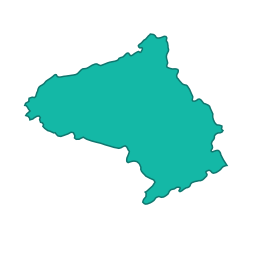 outline of Stowbtsy, Minsk, Belarus, rotated 330°
{"feature_id": "67162791B19818766020383", "entity_name": "Stowbtsy", "entity_type": "district", "adm_level": 2, "iso_a3": "BLR", "parent_name": "Belarus", "parent_adm1": "Minsk", "projection": "robinson", "projection_center": [26.677, 53.605], "detail": "fine", "context": "isolated", "style": "filled", "palette": "teal", "viewbox_px": 256, "rotation_deg": 330, "n_neighbors": 0, "source": "geoboundaries", "source_scale": "gbopen_adm2", "svg_char_len": 4519}
<svg xmlns="http://www.w3.org/2000/svg" viewBox="0 0 256 256"><g transform="rotate(330 128 128)"><path d="M194.3,57.8L193.5,58.2L191.7,58.5L190.1,59.1L187.7,59.9L185.6,59.9L184.1,60.4L182.4,61.0L181.0,61.2L179.5,61.3L178.1,61.9L177.8,63.1L178.2,64.4L179.2,65.0L180.2,65.4L180.2,66.3L179.6,67.2L178.0,68.2L177.1,68.7L176.1,68.6L175.8,67.7L175.4,67.0L174.0,66.8L173.1,66.8L171.6,66.8L170.6,66.8L169.6,67.0L168.4,67.1L167.2,67.1L166.3,66.5L166.1,65.4L165.9,63.6L165.4,63.0L164.0,62.7L162.4,63.1L160.4,63.7L159.0,63.9L158.1,63.7L156.6,63.3L155.0,63.2L154.2,63.7L153.0,64.1L152.2,64.0L150.3,63.7L148.9,63.2L147.2,62.6L145.1,61.9L142.8,61.4L140.7,61.1L138.6,60.8L136.7,60.5L135.7,60.4L134.2,58.8L133.8,58.1L133.1,57.0L131.6,56.2L128.5,55.7L127.3,55.7L124.0,55.8L122.2,55.7L120.9,55.3L118.5,54.2L116.8,54.2L115.3,54.6L113.6,55.1L112.4,55.5L110.6,55.7L109.2,55.5L107.4,54.9L105.4,54.1L102.6,53.0L101.1,52.4L99.4,51.7L98.1,51.1L96.1,50.5L94.6,49.9L93.5,49.3L92.5,48.1L92.5,46.9L92.5,46.0L91.7,45.4L90.5,45.4L88.7,45.8L86.2,46.1L84.9,46.2L82.4,46.3L80.3,46.5L77.5,47.6L75.6,47.8L72.9,47.8L71.2,48.2L69.5,49.4L68.1,50.9L66.6,51.9L63.9,54.5L62.3,54.9L60.4,53.4L57.2,52.8L55.9,54.5L55.5,55.4L53.9,55.4L51.7,55.4L49.9,56.8L51.1,57.8L51.3,59.8L51.3,62.2L51.7,64.3L47.3,65.2L45.7,66.1L46.8,67.3L47.3,67.8L47.7,70.1L47.1,71.9L50.1,72.6L51.9,72.3L55.1,72.3L56.9,73.1L57.3,75.1L55.7,76.4L55.5,77.5L55.1,79.3L56.5,80.8L56.5,82.9L55.1,84.0L55.7,86.7L57.2,90.1L58.8,91.7L61.2,95.1L62.6,95.7L62.8,97.8L63.4,99.9L65.6,101.7L68.6,102.3L73.0,103.1L76.6,103.2L78.4,104.8L78.2,106.6L78.1,108.2L76.7,109.8L77.5,111.9L78.2,112.2L80.1,113.3L81.7,113.3L84.7,113.6L86.5,116.9L90.1,121.1L93.5,124.5L96.7,127.5L99.9,131.2L103.1,134.5L106.2,137.8L108.2,139.5L109.9,141.0L112.0,141.6L114.4,141.6L116.6,142.0L117.4,143.6L117.4,145.0L117.2,147.4L117.5,148.9L116.6,149.9L114.4,151.7L112.1,153.4L110.8,155.1L110.2,156.6L110.8,158.0L112.4,158.3L114.8,158.9L116.6,159.6L118.1,160.8L118.9,161.6L119.8,164.0L119.9,165.3L119.5,168.5L118.4,170.2L118.1,172.2L118.4,174.4L119.0,176.7L119.4,178.6L121.8,182.4L124.3,185.8L124.3,188.4L120.3,190.5L112.4,192.2L110.8,192.1L111.0,193.8L109.9,195.3L109.3,196.4L107.9,196.9L106.4,197.4L105.1,198.2L103.7,199.6L104.3,201.7L105.2,202.7L106.8,203.4L109.9,203.9L112.1,203.9L114.1,203.7L115.5,203.2L116.9,202.4L118.7,202.4L120.4,202.7L121.5,203.8L122.1,204.6L124.2,205.5L125.6,205.6L127.4,205.5L129.5,205.2L130.9,204.4L131.9,203.6L133.7,203.0L134.9,203.0L137.7,203.9L139.2,203.8L140.7,203.8L141.8,204.3L143.2,205.5L143.1,206.3L142.1,207.0L140.7,207.9L141.2,209.1L143.1,209.3L145.3,209.0L146.3,208.9L148.5,208.9L149.9,209.4L151.4,209.5L152.3,209.3L153.8,208.3L154.3,207.7L156.2,207.3L159.1,207.8L161.1,208.5L162.9,209.0L164.6,209.9L166.6,210.2L168.7,209.8L170.1,209.4L172.0,208.9L173.1,208.0L173.3,206.9L173.2,205.7L173.6,204.9L174.1,204.7L175.9,204.8L177.0,205.1L177.7,205.8L178.2,207.1L178.4,208.3L178.7,209.1L179.5,209.9L182.0,210.6L183.6,210.6L186.4,210.4L188.0,210.0L189.2,209.5L190.6,209.1L192.6,209.2L194.6,209.7L195.0,209.9L194.9,207.9L194.7,203.3L194.8,200.9L195.0,197.6L195.5,195.9L195.5,194.5L195.5,194.2L195.1,192.8L194.3,192.1L193.1,191.6L191.1,191.2L189.3,190.9L188.4,190.0L188.6,189.1L189.5,188.5L190.7,187.9L191.5,187.1L192.1,185.4L192.1,184.5L192.5,183.1L194.2,181.6L196.6,180.7L197.9,179.7L198.3,178.9L199.0,178.0L200.7,177.3L202.6,177.2L204.0,177.5L205.2,178.2L207.3,178.5L209.0,177.7L208.5,176.4L208.6,175.4L209.5,174.5L210.3,173.3L209.6,172.3L208.3,171.0L206.6,169.8L206.0,168.1L205.8,166.2L206.1,163.5L206.7,161.2L207.6,159.5L208.5,158.3L208.6,157.2L209.1,152.2L209.5,150.0L208.9,148.3L208.8,148.2L207.9,146.9L206.8,145.5L205.9,144.6L205.6,142.7L205.3,140.4L204.5,138.8L203.2,138.1L201.5,138.3L200.0,138.3L198.7,137.9L197.6,137.0L197.6,135.9L198.5,134.8L199.2,134.1L199.8,133.1L200.0,130.6L200.6,125.5L200.4,121.3L200.0,120.2L198.7,119.0L197.9,118.2L197.1,116.9L196.8,115.5L196.4,113.7L196.1,111.7L196.0,110.5L195.6,109.1L196.2,107.1L197.1,106.1L198.4,105.3L199.4,104.6L200.2,103.5L200.4,102.3L199.2,100.9L197.6,99.9L196.1,99.2L194.2,97.4L192.9,95.9L192.2,94.6L192.6,93.5L193.7,92.4L194.8,91.6L195.1,90.9L195.7,88.8L196.2,87.0L197.0,85.2L198.3,83.7L200.3,82.3L201.5,81.5L202.4,80.3L202.7,79.1L203.0,78.0L203.7,76.9L204.2,75.5L204.8,74.1L204.9,73.1L204.7,72.0L205.4,70.7L206.2,70.0L206.7,69.1L206.6,67.8L206.0,67.3L205.2,66.7L203.8,66.5L203.0,66.4L201.4,66.1L199.6,65.5L198.5,64.8L197.7,63.8L197.7,61.9L197.1,60.2L196.6,59.6L195.6,58.8L194.3,57.8Z" fill="#14b8a6" stroke="#0f766e" stroke-width="1.5"/></g></svg>